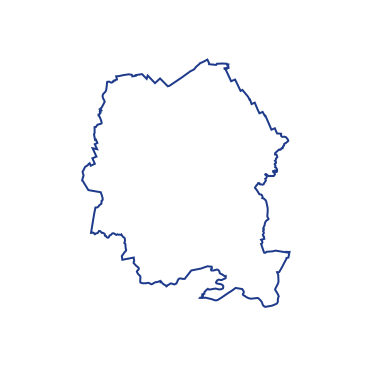 outline of Moloacán, Veracruz, Mexico, rotated 156°
{"feature_id": "50627088B54217054702449", "entity_name": "Moloacán", "entity_type": "district", "adm_level": 2, "iso_a3": "MEX", "parent_name": "Mexico", "parent_adm1": "Veracruz", "projection": "albers", "projection_center": [-94.286, 17.993], "detail": "fine", "context": "isolated", "style": "outline", "palette": "blue", "viewbox_px": 384, "rotation_deg": 156, "n_neighbors": 0, "source": "geoboundaries", "source_scale": "gbopen_adm2", "svg_char_len": 6022}
<svg xmlns="http://www.w3.org/2000/svg" viewBox="0 0 384 384"><g transform="rotate(156 192 192)"><path d="M127.3,97.6L128.3,97.9L128.5,97.6L128.9,98.2L129.4,98.0L129.8,98.5L129.9,98.2L139.6,104.5L142.5,105.0L148.0,107.0L150.0,106.7L150.8,107.3L150.0,116.4L149.3,116.3L148.2,117.3L147.9,118.3L148.3,120.3L145.0,119.8L144.7,120.8L144.7,121.4L144.4,122.1L144.8,122.6L144.7,124.1L143.4,125.0L142.8,125.9L142.9,127.5L142.0,128.0L142.0,128.3L141.5,128.8L141.9,129.3L141.6,130.0L139.3,132.0L138.2,133.7L136.6,135.2L134.9,135.8L134.2,135.8L133.2,136.1L133.0,136.3L133.2,138.4L133.0,139.4L130.8,143.4L129.5,146.3L128.2,152.2L128.0,153.8L128.2,154.7L128.7,156.1L129.3,157.0L130.2,157.8L129.6,158.2L129.4,160.7L130.0,161.7L131.0,162.2L131.4,162.7L132.0,167.5L132.8,170.0L132.5,170.5L130.2,172.0L129.3,172.2L128.0,173.2L127.1,172.9L126.8,172.5L126.9,171.5L126.5,171.2L125.4,170.7L124.6,170.0L123.5,169.9L122.3,170.9L119.8,172.5L119.7,174.3L118.9,174.4L118.2,174.7L117.4,175.7L117.2,176.2L117.3,176.8L117.9,177.7L118.0,178.2L117.6,178.4L117.1,178.3L116.1,176.5L115.9,175.8L115.4,175.3L113.6,174.7L113.1,174.3L110.8,173.4L109.1,174.3L108.9,174.6L109.0,175.5L109.7,177.5L109.4,178.1L108.3,177.8L107.9,178.0L107.4,178.0L107.2,177.6L107.3,176.5L106.8,175.9L106.4,175.9L105.8,176.5L105.2,178.0L105.1,178.9L105.3,179.8L106.0,180.8L105.1,181.8L105.2,183.7L104.9,184.1L103.6,184.3L103.3,184.7L103.1,185.3L103.5,186.8L102.5,187.1L101.7,188.4L100.4,188.9L99.8,189.3L99.6,191.7L100.9,192.5L100.8,192.9L100.3,193.5L99.9,193.9L97.7,194.5L95.9,195.2L95.1,195.4L94.5,194.7L93.4,194.8L92.8,195.4L92.2,195.6L91.5,195.1L91.1,195.3L90.3,196.7L89.3,196.9L88.8,197.3L88.4,198.2L87.9,198.6L86.8,198.5L83.5,199.4L83.2,199.7L83.1,200.5L83.3,202.0L83.9,203.9L85.2,205.0L87.0,205.6L87.4,206.0L87.7,206.8L87.6,207.7L87.1,208.4L86.9,209.0L90.5,210.9L90.4,216.5L94.1,216.6L93.9,231.8L94.5,231.8L94.9,236.4L98.4,236.5L98.5,241.2L98.3,248.1L101.8,248.1L101.4,252.8L101.9,252.8L102.0,256.1L104.4,264.7L106.5,264.6L106.9,277.2L111.2,277.3L111.4,289.8L111.6,291.3L112.1,291.3L112.0,291.8L111.3,291.7L111.0,291.2L110.0,290.6L109.8,291.2L109.6,291.3L109.0,290.8L108.2,290.5L107.9,291.1L107.8,292.0L108.0,292.7L107.6,292.7L106.9,293.7L108.0,294.1L108.5,295.1L108.4,295.2L112.4,297.2L117.0,299.0L118.3,298.3L124.4,301.8L124.0,302.8L124.1,306.7L129.6,306.3L132.5,306.4L133.0,306.0L137.6,304.6L140.1,303.2L144.6,302.9L154.6,300.8L169.3,298.2L171.1,298.4L175.0,308.7L181.5,306.5L185.1,316.4L187.4,313.8L189.7,320.0L195.9,321.7L196.1,321.0L199.5,321.9L199.3,323.5L201.8,325.2L206.8,326.6L212.0,327.7L214.2,328.5L214.8,325.3L216.2,325.4L217.1,325.1L217.6,325.6L218.5,325.6L218.9,324.8L219.8,324.8L220.2,324.6L221.2,324.7L223.0,326.6L224.6,327.1L225.0,326.8L226.0,324.8L228.9,320.1L230.2,318.9L233.3,317.6L234.3,316.6L234.7,315.9L235.0,314.8L235.1,313.0L234.9,311.3L235.1,309.9L240.3,305.8L242.3,305.3L242.1,305.1L242.2,304.8L241.8,304.7L241.7,304.0L242.0,304.2L243.0,303.7L243.3,303.3L243.0,303.1L242.8,302.7L243.6,302.2L243.4,301.5L243.7,301.3L244.1,301.3L245.4,300.3L245.9,300.7L246.3,299.9L245.9,298.9L245.8,298.0L245.9,294.8L246.1,293.7L246.2,292.4L246.7,291.5L247.7,291.4L251.0,291.9L253.3,290.5L254.6,290.9L257.0,285.5L258.0,284.7L259.4,279.1L258.5,279.1L258.5,275.3L261.4,275.2L261.3,269.7L265.0,272.4L264.9,263.2L269.3,263.3L269.3,257.3L273.8,257.2L273.8,259.9L275.3,259.5L276.3,258.9L279.5,258.4L282.3,256.0L283.5,255.3L284.0,253.9L284.2,251.7L284.4,251.1L287.6,247.4L287.7,247.1L287.1,245.9L287.1,245.0L285.9,235.9L275.5,228.9L275.8,224.9L276.4,221.9L276.8,221.2L278.2,220.7L278.3,220.0L279.1,219.3L279.5,218.2L282.6,217.4L283.3,216.8L284.2,216.5L284.9,216.5L286.5,217.1L290.3,211.8L300.9,195.7L300.1,195.4L299.2,195.4L298.2,194.2L298.2,193.6L297.9,192.9L296.8,193.2L294.9,192.9L292.8,194.2L291.7,193.5L291.1,191.4L290.1,191.0L289.2,189.9L288.8,189.2L289.3,187.8L289.1,187.1L288.5,186.8L288.3,185.4L287.8,184.7L287.2,184.4L286.5,184.5L284.9,185.8L283.4,185.8L281.6,186.6L280.3,186.1L278.6,183.6L277.7,183.7L277.2,183.6L276.9,183.1L275.7,182.6L274.5,181.8L273.8,182.0L273.5,179.8L273.0,178.6L272.4,177.8L272.3,177.2L272.5,176.1L273.3,174.3L274.6,172.9L274.0,171.8L275.6,167.2L275.6,166.0L276.2,165.2L278.3,164.3L282.2,162.0L283.2,158.4L271.9,155.8L272.9,152.4L273.8,151.8L274.2,150.9L273.2,147.8L271.6,144.4L271.7,143.8L272.3,142.9L272.9,142.6L273.7,142.5L274.7,141.8L274.8,140.9L274.6,139.0L273.5,136.1L274.0,134.6L275.1,132.7L276.0,130.4L275.3,129.6L274.5,128.9L272.9,128.1L271.2,127.4L269.4,127.0L268.3,126.4L266.8,124.3L265.9,124.1L262.4,124.5L261.5,124.3L260.7,123.9L257.1,123.6L257.4,122.4L256.5,122.3L256.3,121.2L255.8,119.8L253.9,117.0L253.8,116.2L253.1,116.3L252.8,116.7L250.4,116.8L249.0,117.2L247.6,116.5L246.8,115.6L245.4,114.6L244.2,114.9L243.5,114.7L240.4,117.5L239.1,118.1L237.6,117.7L235.8,116.4L234.0,115.6L224.6,120.6L214.8,118.4L208.3,117.9L204.4,115.8L204.7,114.4L206.1,113.7L206.2,112.4L204.1,111.5L201.0,111.1L200.0,110.4L199.5,109.5L199.3,108.4L199.6,106.6L199.3,105.9L198.1,104.6L196.2,101.6L195.4,101.5L196.1,99.8L197.1,99.5L199.3,99.6L200.5,99.5L201.4,99.8L203.2,101.1L204.6,101.1L206.4,100.1L206.9,99.4L206.8,98.8L206.1,98.0L203.2,96.1L202.1,94.9L201.8,93.8L201.8,92.9L202.9,91.4L205.1,91.3L207.1,92.1L209.7,94.2L214.1,95.3L216.1,95.9L216.9,97.1L218.4,96.7L221.1,95.6L221.9,94.8L222.1,94.0L224.2,94.4L224.5,93.9L223.7,93.5L224.2,92.7L224.9,92.6L224.9,92.3L226.0,91.9L226.6,91.9L227.6,92.2L227.8,92.1L225.7,91.0L224.1,90.6L222.1,89.6L217.5,86.0L215.0,83.7L214.4,83.3L213.2,83.0L211.5,83.0L207.0,83.7L199.5,85.1L196.4,85.5L191.1,86.6L185.6,82.9L185.2,80.3L185.7,78.9L186.6,78.4L187.1,77.9L187.2,77.2L187.1,76.8L186.3,75.9L184.8,73.5L183.4,71.9L181.5,70.5L175.1,68.5L174.3,67.3L173.2,64.2L173.0,63.1L173.2,60.3L173.1,59.2L172.8,58.5L172.3,58.1L172.1,57.5L171.6,57.2L165.1,55.6L160.3,55.5L159.1,56.0L158.1,57.0L157.7,58.1L156.5,60.1L155.2,61.4L155.1,63.7L155.8,68.8L155.5,69.5L150.7,73.4L149.4,75.0L146.9,81.4L146.9,84.1L144.9,83.4L140.4,86.7L132.8,92.7L132.5,93.3L130.6,92.9L127.3,97.6Z" fill="none" stroke="#1e3a8a" stroke-width="2"/></g></svg>